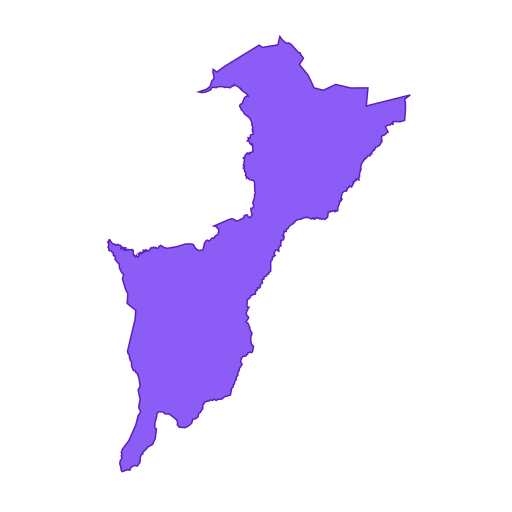 Kapenguria, Rift Valley, Kenya (Natural Earth projection), rotated 182°
{"feature_id": "3690345B82211082616386", "entity_name": "Kapenguria", "entity_type": "district", "adm_level": 2, "iso_a3": "KEN", "parent_name": "Kenya", "parent_adm1": "Rift Valley", "projection": "natural_earth1", "projection_center": [35.164, 1.55], "detail": "fine", "context": "isolated", "style": "filled", "palette": "violet", "viewbox_px": 512, "rotation_deg": 182, "n_neighbors": 0, "source": "geoboundaries", "source_scale": "gbopen_adm2", "svg_char_len": 6118}
<svg xmlns="http://www.w3.org/2000/svg" viewBox="0 0 512 512"><g transform="rotate(182 256 256)"><path d="M260.1,466.9L293.5,444.8L301.6,438.5L305.3,441.1L305.5,438.4L303.9,432.1L306.2,429.6L307.7,424.0L311.1,421.0L319.0,418.0L316.0,417.4L311.9,418.1L307.0,420.5L306.4,422.3L305.2,423.1L301.5,422.8L300.4,423.7L295.6,424.2L292.9,423.3L291.3,423.8L287.7,423.2L285.9,424.8L284.3,425.1L284.1,426.7L278.9,424.0L277.4,422.4L277.0,422.9L275.9,421.0L270.7,417.4L268.8,414.8L270.5,415.7L273.0,413.9L275.1,407.9L276.8,407.1L277.7,405.5L275.5,401.3L274.2,400.5L272.4,397.5L268.1,394.5L266.4,392.5L264.8,389.4L264.8,387.2L263.6,384.0L264.2,382.5L263.7,381.7L264.0,380.6L263.2,380.4L263.2,377.7L265.8,376.7L266.1,373.4L268.0,373.9L267.5,372.2L268.7,370.7L267.2,370.7L265.9,368.2L264.7,367.1L264.1,368.2L263.6,367.9L262.6,360.1L265.9,359.1L266.3,358.7L265.8,358.3L266.6,357.6L267.1,358.4L268.4,358.7L268.8,357.2L270.0,357.1L270.7,354.3L271.9,354.0L272.0,353.4L271.2,353.1L270.7,350.6L271.3,349.8L271.0,348.9L271.9,345.9L270.7,345.7L270.6,345.0L271.8,343.4L270.5,342.3L270.4,340.2L269.0,338.5L269.3,336.1L268.2,334.9L268.2,333.4L267.0,334.1L265.2,332.2L261.4,331.5L260.0,329.6L259.5,321.0L258.7,319.1L259.6,317.4L259.6,313.8L261.1,309.1L260.0,306.1L260.8,303.9L262.7,303.5L262.9,302.6L261.3,296.6L263.7,294.1L265.5,295.2L266.0,296.7L268.1,296.6L269.4,295.4L269.2,294.0L275.5,290.4L277.5,290.6L278.9,291.7L281.5,292.4L284.3,291.5L299.1,284.5L296.9,284.1L294.0,280.7L294.5,276.7L297.8,274.2L298.2,272.7L300.4,272.5L303.3,269.3L305.1,270.1L306.3,269.8L308.2,266.5L308.0,265.1L308.8,263.4L308.9,261.2L310.0,260.1L313.3,259.5L316.5,261.2L319.1,265.4L321.8,265.8L326.9,265.5L335.7,262.5L345.1,260.6L347.7,261.1L351.6,263.3L353.2,262.2L354.2,260.4L355.5,260.3L356.9,261.2L357.9,260.3L358.8,261.2L360.4,260.3L361.2,260.7L363.3,257.3L366.1,258.2L365.8,257.0L367.2,256.5L367.8,256.6L367.5,257.8L369.1,257.8L368.7,255.8L371.0,254.4L371.0,255.7L371.6,255.7L372.8,254.4L373.8,254.4L372.7,252.7L373.8,250.9L374.5,250.9L375.3,252.5L376.2,251.0L377.4,252.4L377.9,252.1L378.9,254.6L378.8,257.3L380.1,258.2L383.3,257.6L384.3,258.2L385.0,257.3L387.3,256.8L387.7,257.2L386.3,258.6L386.4,259.7L388.2,259.5L388.7,258.2L389.4,260.0L391.3,258.5L390.8,260.7L392.2,262.1L393.2,261.8L394.1,262.7L395.5,262.6L396.1,261.9L397.7,263.0L398.7,262.6L400.6,264.1L402.8,267.2L403.7,266.7L403.6,264.5L404.5,264.8L403.5,261.8L404.2,259.5L403.0,258.0L403.4,256.9L402.8,256.1L400.9,256.3L399.9,254.6L398.6,254.1L398.7,251.8L398.1,251.1L397.2,251.3L396.3,249.3L396.9,247.9L393.7,244.2L392.7,244.0L392.0,239.1L389.6,234.6L387.6,232.8L388.7,228.4L385.0,217.7L382.8,213.9L383.1,204.1L374.3,197.5L374.6,188.8L381.1,156.2L380.4,153.9L379.2,152.6L378.9,150.0L377.9,147.3L376.7,145.8L376.5,141.7L374.9,138.0L374.3,137.2L372.6,137.0L371.8,135.1L370.4,134.3L368.6,129.1L367.3,122.0L369.1,117.9L366.8,108.5L367.9,102.0L367.4,99.1L365.9,96.7L366.6,94.6L368.2,92.6L370.2,83.0L376.5,67.3L383.1,57.8L383.2,56.1L383.8,55.4L383.1,52.5L383.7,51.7L383.0,49.1L384.5,46.8L384.9,43.5L383.9,41.0L383.3,37.4L382.2,35.8L377.1,37.9L374.5,37.6L373.9,40.0L371.3,42.0L369.4,42.4L367.3,41.9L364.7,45.9L364.7,50.3L363.8,53.2L362.1,54.3L362.3,56.1L360.3,57.7L357.2,61.5L352.8,64.1L350.4,69.9L349.4,79.6L351.3,80.9L351.1,86.2L349.6,92.4L349.5,95.0L347.9,96.9L343.3,97.0L341.8,95.2L337.0,94.9L329.7,89.6L328.5,86.8L328.8,84.8L326.7,82.2L320.9,82.0L318.1,83.4L314.5,86.6L313.5,90.8L311.3,91.0L308.4,93.1L307.6,96.9L305.9,98.0L305.0,100.3L304.0,101.1L303.9,105.2L301.7,108.6L297.4,109.7L296.6,110.8L294.7,110.1L292.7,111.4L290.8,110.3L288.6,111.5L285.2,111.8L282.4,114.3L276.7,116.1L275.7,122.9L274.4,124.2L274.2,126.4L273.2,127.5L272.8,130.1L271.5,131.6L271.4,134.6L270.0,136.0L270.0,139.4L268.9,140.6L268.7,143.0L266.1,147.2L267.7,150.2L267.0,153.2L265.4,155.3L262.6,155.7L262.0,156.9L261.0,157.5L260.9,158.8L258.6,159.7L257.0,159.3L256.1,160.5L255.4,164.7L255.5,165.9L257.3,167.4L258.3,171.6L258.3,175.4L257.4,177.6L257.5,179.3L259.6,182.0L259.6,184.1L261.7,188.5L263.7,189.8L261.2,193.9L261.7,195.2L263.3,196.2L263.6,198.1L263.6,199.6L261.3,204.6L262.7,204.4L263.3,205.5L263.2,211.9L261.2,213.3L260.1,214.8L260.1,215.9L257.1,217.6L255.3,217.9L255.1,221.2L253.3,222.1L253.6,224.3L251.4,224.1L250.5,225.5L250.8,227.4L248.5,229.5L249.4,232.3L247.2,233.4L247.4,235.3L244.9,236.4L244.0,238.2L242.8,238.5L242.7,239.7L240.8,241.3L241.1,251.1L239.7,252.8L239.4,255.3L236.8,257.2L238.1,258.9L236.8,262.3L235.5,262.8L233.4,261.6L233.6,265.6L231.4,267.1L231.9,268.4L231.3,270.5L231.8,272.4L229.2,273.1L228.5,275.8L228.7,276.9L229.9,277.0L228.9,279.3L228.8,281.7L226.7,281.5L226.4,283.9L224.9,284.5L224.6,285.8L222.5,288.1L219.8,289.8L216.8,293.4L211.0,294.9L209.3,296.3L207.9,295.8L206.4,296.6L201.8,295.0L200.0,296.1L199.5,294.7L197.8,295.4L197.6,296.2L196.6,295.9L195.8,296.5L193.8,295.3L193.0,295.9L191.8,295.0L190.0,295.6L188.6,294.9L185.8,297.2L185.3,302.4L183.7,302.5L183.0,303.7L182.1,303.2L178.5,304.2L178.6,303.1L175.9,304.2L175.9,307.7L174.8,310.2L174.4,313.3L174.2,313.8L173.4,313.4L172.0,315.9L173.1,316.3L172.2,321.4L171.3,322.8L169.2,324.2L168.0,323.9L167.2,325.1L167.4,327.0L165.6,327.5L164.9,329.4L162.9,328.3L161.0,332.2L161.5,333.3L160.2,333.6L159.7,334.9L158.6,335.0L158.6,336.6L155.8,335.6L156.0,338.0L155.2,339.3L155.5,341.7L154.0,347.0L154.5,347.9L154.1,350.7L152.9,353.7L151.7,354.9L150.9,357.2L150.0,356.9L148.5,358.6L148.6,359.4L147.6,360.1L145.9,360.0L145.4,360.3L145.3,362.0L143.8,362.1L143.9,363.7L142.0,366.0L141.5,365.8L140.0,369.2L138.6,369.3L137.7,370.5L136.3,370.8L134.7,374.4L134.1,374.6L134.0,375.3L134.8,376.0L134.3,377.7L134.8,378.6L134.6,380.2L131.5,381.6L129.4,384.0L128.3,384.4L131.1,389.4L129.1,391.5L126.4,391.6L125.4,393.3L124.1,392.3L123.6,392.5L123.8,395.2L116.8,395.2L112.2,396.7L111.7,407.8L112.0,414.4L112.9,417.1L112.7,418.0L107.5,422.3L151.0,409.8L150.0,427.9L167.0,427.2L182.4,430.2L194.5,424.0L203.8,426.0L210.2,438.5L219.3,448.8L215.5,455.4L218.3,458.8L218.9,460.6L220.8,461.0L228.3,468.8L230.5,470.0L232.6,469.7L234.5,470.7L237.5,473.1L239.8,476.2L241.5,467.8L255.7,464.9L257.5,464.9L260.1,466.9Z" fill="#8b5cf6" stroke="#5b21b6" stroke-width="1.5"/></g></svg>